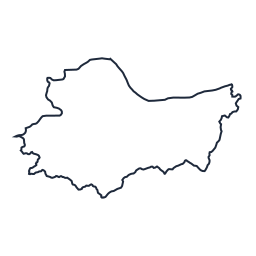 Bukit Mabong, Sarawak, Malaysia
{"feature_id": "92858781B56085190058706", "entity_name": "Bukit Mabong", "entity_type": "district", "adm_level": 2, "iso_a3": "MYS", "parent_name": "Malaysia", "parent_adm1": "Sarawak", "projection": "natural_earth1", "projection_center": [113.729, 1.769], "detail": "fine", "context": "isolated", "style": "outline", "palette": "slate", "viewbox_px": 256, "rotation_deg": 0, "n_neighbors": 0, "source": "geoboundaries", "source_scale": "gbopen_adm2", "svg_char_len": 4620}
<svg xmlns="http://www.w3.org/2000/svg" viewBox="0 0 256 256"><path d="M20.9,150.5L22.3,152.1L23.2,153.4L23.7,153.8L25.0,153.4L26.0,153.2L27.0,153.4L28.0,154.1L29.1,154.2L30.4,153.4L31.1,152.3L32.1,152.0L32.8,153.1L33.5,153.6L36.2,154.3L37.2,154.7L38.3,155.2L38.9,155.8L39.1,156.6L39.6,157.3L39.2,158.4L38.3,159.1L37.9,159.5L37.7,160.1L37.7,161.0L37.4,161.9L37.2,162.3L36.5,162.4L35.9,163.6L36.3,164.4L36.3,165.2L35.6,165.6L34.8,166.2L34.0,166.6L33.1,167.3L32.0,167.9L30.4,168.1L30.0,168.6L29.4,169.9L29.0,171.1L29.3,171.9L29.0,173.9L30.0,174.2L30.8,173.8L31.7,173.8L32.9,174.0L34.0,174.0L35.0,173.1L35.9,172.5L37.2,172.3L38.1,172.1L39.2,171.4L40.0,171.4L41.2,171.2L42.1,170.1L42.7,169.9L43.9,170.5L45.1,171.6L45.3,173.0L45.7,174.2L46.3,175.1L46.7,176.0L47.3,176.2L48.3,176.4L50.5,177.1L51.1,177.6L52.3,177.8L54.0,177.3L55.6,176.6L56.1,176.0L57.6,176.3L58.3,176.9L59.1,177.1L60.6,176.2L61.4,176.2L62.5,177.0L63.4,177.0L64.6,177.6L65.2,177.9L66.2,177.9L67.3,177.7L68.2,178.4L69.6,179.3L70.8,180.3L71.5,180.8L71.9,181.9L72.3,183.8L73.0,184.6L73.9,184.7L75.0,185.2L75.8,186.1L76.5,187.3L78.5,189.6L80.2,189.5L81.8,188.9L82.2,187.8L83.0,187.2L85.2,186.6L86.3,185.6L87.9,185.8L88.9,185.8L90.6,184.6L91.4,184.4L92.4,185.0L92.9,186.0L93.6,186.4L95.3,186.7L96.0,187.5L96.5,189.0L97.4,190.0L97.6,191.2L98.0,192.8L98.8,193.4L100.2,194.4L101.3,195.3L101.2,196.9L102.1,197.7L103.1,197.3L103.7,197.6L105.5,196.9L106.4,195.8L107.1,194.9L108.1,193.7L109.5,192.5L111.4,191.4L113.7,191.0L117.4,188.9L121.0,187.7L122.1,186.0L123.1,181.5L122.3,180.0L123.7,178.1L125.1,177.1L126.8,176.8L128.0,175.6L129.0,174.8L131.0,173.9L132.4,173.6L133.6,173.5L135.3,172.1L136.1,170.5L137.1,169.8L139.1,168.5L140.3,168.3L140.8,168.4L141.8,169.1L143.4,169.5L144.8,169.1L148.0,167.9L149.9,167.4L151.1,166.7L152.6,166.7L153.7,167.9L155.2,167.6L157.0,166.5L159.3,168.2L160.1,169.4L161.4,170.4L163.4,171.8L164.0,172.7L164.4,173.6L164.8,173.8L165.6,172.9L166.2,171.8L167.0,170.8L168.2,169.5L169.0,169.1L171.2,169.3L172.6,169.3L173.6,168.0L176.3,166.2L178.1,165.7L181.3,164.2L182.7,163.9L184.4,162.2L184.8,161.0L185.5,160.3L186.4,160.3L187.1,161.0L188.8,162.0L189.9,162.8L191.2,163.5L192.4,164.4L193.9,165.6L194.9,165.7L196.7,166.0L197.4,166.8L198.1,167.6L200.0,169.6L201.1,170.4L202.6,171.0L204.6,171.1L205.5,169.9L206.6,167.9L207.1,166.8L207.6,165.2L208.9,163.8L209.4,162.3L209.6,160.8L209.4,159.7L208.7,158.2L208.5,157.0L209.1,156.1L209.6,155.2L209.4,153.6L209.7,152.2L211.3,152.0L212.7,150.8L213.5,149.8L214.5,148.6L215.3,147.6L216.4,144.5L216.9,142.7L218.4,141.3L219.5,139.9L220.4,135.7L220.8,133.8L221.6,131.2L221.0,130.0L220.6,127.1L221.1,124.2L220.3,123.5L219.3,121.6L220.8,119.9L221.6,118.2L222.0,116.2L224.8,115.5L227.0,117.3L228.3,117.5L229.5,115.6L230.0,114.1L231.3,113.6L232.5,112.1L234.4,111.5L236.3,111.4L237.8,109.4L238.3,107.1L236.5,105.6L235.8,103.3L237.0,101.5L238.7,99.0L240.5,98.5L240.6,97.0L240.5,95.8L239.8,94.8L239.1,94.5L238.1,94.3L237.2,95.1L235.5,96.5L234.3,96.7L232.3,96.6L232.3,95.0L231.2,93.9L231.6,92.0L232.4,91.6L232.0,90.5L231.0,89.8L230.9,88.7L231.7,87.9L232.3,87.1L232.3,86.0L232.0,84.7L231.5,84.3L230.3,84.8L229.7,84.8L227.8,85.6L225.0,86.3L221.1,87.7L219.7,88.4L215.7,89.8L212.1,90.5L204.4,91.4L200.7,92.8L197.7,93.7L195.0,95.3L192.2,96.9L189.5,97.5L183.6,97.7L177.4,97.6L173.2,97.6L168.0,98.3L164.9,99.8L154.3,100.7L148.6,100.9L144.3,99.0L141.7,97.4L139.8,96.1L137.4,94.4L135.5,92.7L133.6,91.3L132.0,89.4L130.4,87.7L128.9,85.6L128.0,83.5L126.5,79.7L124.4,75.7L123.2,73.1L122.0,71.4L120.4,69.6L118.8,67.8L117.4,66.1L116.2,64.2L114.0,62.2L110.3,58.8L109.8,59.3L104.7,58.7L102.0,58.3L99.8,58.6L91.9,59.5L89.9,59.9L88.0,61.7L86.6,62.6L83.7,64.2L81.0,66.0L79.6,67.6L78.5,68.8L76.6,69.6L65.0,70.0L64.4,71.7L64.9,73.7L65.0,76.4L63.4,79.1L62.2,79.5L56.0,80.2L53.7,80.3L52.0,79.6L51.2,78.8L50.4,78.0L49.1,77.8L47.5,77.9L47.2,78.7L47.3,80.6L47.9,81.8L49.2,82.5L49.6,83.2L49.0,85.9L47.8,87.5L47.4,88.9L47.2,91.2L46.7,92.6L46.0,95.2L46.5,97.3L48.1,99.5L50.0,100.6L51.8,102.5L52.7,105.5L53.8,107.2L56.8,107.8L59.0,108.6L61.1,110.2L61.8,111.4L61.9,113.2L61.0,114.7L59.7,115.6L46.1,115.7L44.6,115.9L42.6,116.2L41.3,117.5L39.8,119.5L38.7,121.1L37.5,122.4L36.6,123.3L35.4,123.8L33.8,124.0L32.3,124.4L31.1,125.7L29.7,126.8L25.7,128.2L25.9,129.6L25.9,130.9L25.3,132.7L23.7,134.2L23.2,134.5L22.2,134.9L21.4,135.0L20.7,135.1L19.7,135.1L18.6,135.3L17.5,135.6L16.4,136.0L15.4,136.5L16.7,136.6L17.9,136.3L18.9,136.1L20.0,136.4L21.2,137.1L21.9,137.5L23.2,138.3L23.9,139.3L24.1,141.3L24.2,143.0L24.8,144.5L24.8,145.5L24.3,146.4L23.3,146.7L22.2,147.1L21.5,147.6L21.4,149.2L21.2,150.3L20.9,150.5Z" fill="none" stroke="#1e293b" stroke-width="2"/></svg>